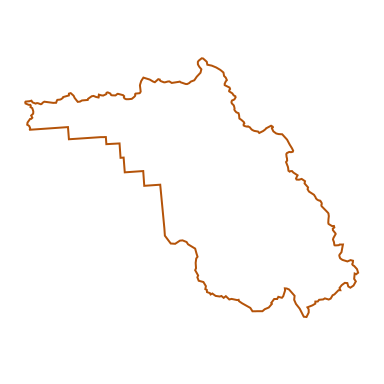 the district of Beaverhead, Montana, United States of America, rotated 176°
{"feature_id": "52423323B11002176870348", "entity_name": "Beaverhead", "entity_type": "district", "adm_level": 2, "iso_a3": "USA", "parent_name": "United States of America", "parent_adm1": "Montana", "projection": "equal_earth", "projection_center": [-112.883, 45.148], "detail": "fine", "context": "isolated", "style": "outline", "palette": "amber", "viewbox_px": 384, "rotation_deg": 176, "n_neighbors": 0, "source": "geoboundaries", "source_scale": "gbopen_adm2", "svg_char_len": 4349}
<svg xmlns="http://www.w3.org/2000/svg" viewBox="0 0 384 384"><g transform="rotate(176 192 192)"><path d="M177.0,321.5L177.1,321.3L177.2,318.9L176.0,316.4L174.1,313.8L175.2,310.4L179.2,306.7L181.9,303.3L185.5,302.2L187.3,300.8L189.4,300.0L190.8,300.2L195.6,302.2L196.5,303.0L197.6,302.8L204.6,302.2L206.9,303.9L208.3,303.9L211.3,303.3L212.4,303.4L215.4,304.8L216.3,305.7L216.3,306.4L217.8,306.9L221.4,304.1L223.0,304.8L226.3,307.1L232.5,309.5L234.9,306.3L236.2,303.0L236.5,301.9L236.2,295.8L236.8,294.7L237.5,294.2L241.4,294.1L241.9,293.6L241.9,292.2L242.2,291.7L242.9,291.0L245.6,289.1L249.2,289.0L251.3,289.2L252.9,290.1L253.4,291.4L253.0,292.3L254.0,293.4L259.0,295.1L259.5,295.1L261.5,293.7L265.1,294.0L266.1,294.6L266.6,295.9L269.0,297.2L269.7,297.2L270.4,296.8L270.7,295.6L273.9,294.4L275.9,294.8L278.1,295.6L278.4,294.3L278.3,293.5L278.6,292.8L281.1,293.5L283.5,294.7L285.4,294.5L289.2,292.2L289.6,291.1L295.4,291.0L297.4,290.0L299.7,289.9L302.5,294.0L303.4,296.3L306.1,299.1L307.9,298.7L308.1,296.9L313.9,295.7L314.2,295.0L315.9,293.8L317.1,293.4L319.9,293.3L320.6,292.2L321.3,290.5L324.3,290.6L332.6,292.3L333.0,292.4L334.7,291.5L335.9,290.3L336.7,290.1L339.7,291.4L340.5,291.5L341.8,291.1L344.8,292.5L345.8,294.3L347.8,293.9L351.6,293.8L352.1,293.2L351.9,291.9L348.9,290.4L347.2,290.2L346.8,289.2L347.2,288.0L345.5,286.8L344.8,284.0L344.7,283.1L345.0,281.2L347.1,279.5L346.1,277.2L347.2,276.2L348.4,276.2L351.2,272.8L351.7,270.6L350.6,269.9L349.7,269.0L349.0,266.9L349.1,266.1L349.5,265.7L350.1,265.4L311.2,265.4L311.1,253.2L279.4,253.1L274.1,252.8L274.1,245.7L260.9,245.5L260.9,231.1L257.8,231.1L257.7,216.3L239.2,216.3L239.2,201.5L223.2,201.5L222.1,157.7L222.1,150.3L216.8,142.1L212.4,141.5L207.5,144.3L204.8,144.4L200.9,142.5L199.6,140.1L192.8,135.3L191.8,130.3L191.0,127.0L192.4,125.4L193.3,121.0L193.3,115.7L194.3,113.8L193.3,111.7L191.7,108.3L192.6,106.5L191.5,103.0L186.9,101.4L184.7,97.1L185.5,94.2L184.1,93.4L184.0,91.1L181.2,89.9L180.6,88.5L178.8,89.3L175.7,86.7L171.6,85.8L169.9,86.2L167.8,84.2L165.5,85.7L162.3,82.2L160.0,82.6L154.4,81.0L153.0,81.2L152.7,79.8L149.8,77.5L141.9,72.3L140.0,68.8L130.0,68.2L127.6,70.0L123.5,71.4L120.1,74.8L120.7,75.8L117.5,79.5L114.5,79.3L113.2,81.4L109.7,80.2L108.3,81.6L106.0,87.3L106.1,89.4L104.2,89.1L102.0,88.0L96.9,81.3L97.6,77.3L96.1,73.1L92.7,68.1L89.2,59.8L86.5,59.3L84.0,63.6L83.8,66.8L84.9,68.9L79.8,70.5L76.8,72.0L76.6,74.1L74.2,74.0L72.7,75.6L68.6,75.7L66.9,76.6L63.1,75.2L61.1,76.0L58.9,79.2L57.1,79.9L52.7,83.8L50.9,83.7L51.5,86.0L49.2,88.6L45.9,90.7L43.4,90.3L42.7,86.9L40.7,85.5L37.4,87.4L34.8,91.4L36.3,94.0L35.4,99.3L34.0,98.5L31.9,99.9L32.8,103.6L35.4,106.9L36.7,107.8L37.2,108.9L36.5,110.2L36.2,112.2L38.6,113.0L41.8,111.9L46.7,113.8L48.8,115.5L49.3,117.1L49.5,118.4L49.2,119.2L47.1,121.5L45.1,129.1L48.4,129.3L49.2,128.7L50.1,128.7L52.4,128.7L53.5,128.9L53.7,129.4L53.9,132.2L54.7,134.8L54.1,136.3L51.6,140.1L51.7,140.6L54.1,144.1L54.1,145.6L52.5,146.7L52.8,148.2L54.6,148.2L58.0,150.6L58.1,151.0L58.2,151.8L57.8,155.2L57.2,158.4L57.4,161.1L57.8,161.8L63.7,168.8L63.9,170.0L63.4,170.9L63.4,171.9L64.3,173.8L65.1,174.6L65.6,174.5L66.8,175.1L67.9,175.9L68.8,177.0L69.1,178.1L70.5,180.7L75.3,184.3L76.5,186.7L75.9,188.5L79.1,192.7L78.5,194.9L81.7,197.4L84.4,196.8L86.8,197.1L87.3,198.2L86.5,199.7L85.5,201.3L89.5,204.3L90.8,205.9L92.4,205.9L93.2,205.5L94.3,206.5L94.4,208.9L94.6,210.5L96.1,215.3L94.9,216.7L94.9,219.0L95.2,220.4L95.3,223.2L94.6,224.2L92.2,225.2L91.3,225.0L90.5,224.8L88.7,225.1L88.2,226.1L89.2,228.6L91.2,232.4L93.5,237.6L98.0,243.3L101.4,243.7L103.9,244.5L106.6,246.8L107.9,250.0L107.8,250.3L106.8,250.9L106.9,251.5L108.5,252.6L113.7,250.3L114.3,249.5L116.7,247.9L120.8,246.2L121.9,247.7L125.6,248.6L127.6,249.7L129.0,251.2L129.6,252.3L131.6,253.6L132.3,253.3L134.6,254.0L135.8,254.7L135.8,256.0L135.0,256.8L135.3,258.0L137.7,260.5L139.6,262.0L139.7,265.5L140.1,267.4L142.2,268.4L143.7,270.4L144.0,271.5L143.7,272.4L144.0,274.3L144.3,275.5L146.1,277.6L146.4,278.9L145.9,280.2L145.4,280.7L144.3,280.9L143.2,281.5L141.9,283.4L142.1,284.5L143.7,285.5L144.9,287.6L147.9,289.8L147.8,290.8L146.8,292.1L147.3,293.6L151.9,296.3L151.9,297.6L150.6,300.0L149.4,301.2L150.4,303.8L151.9,305.5L152.3,309.0L155.2,311.8L159.1,314.5L163.5,316.7L167.8,317.9L168.2,320.9L171.6,324.4L173.0,324.7L176.2,322.5L177.0,321.5Z" fill="none" stroke="#b45309" stroke-width="2"/></g></svg>